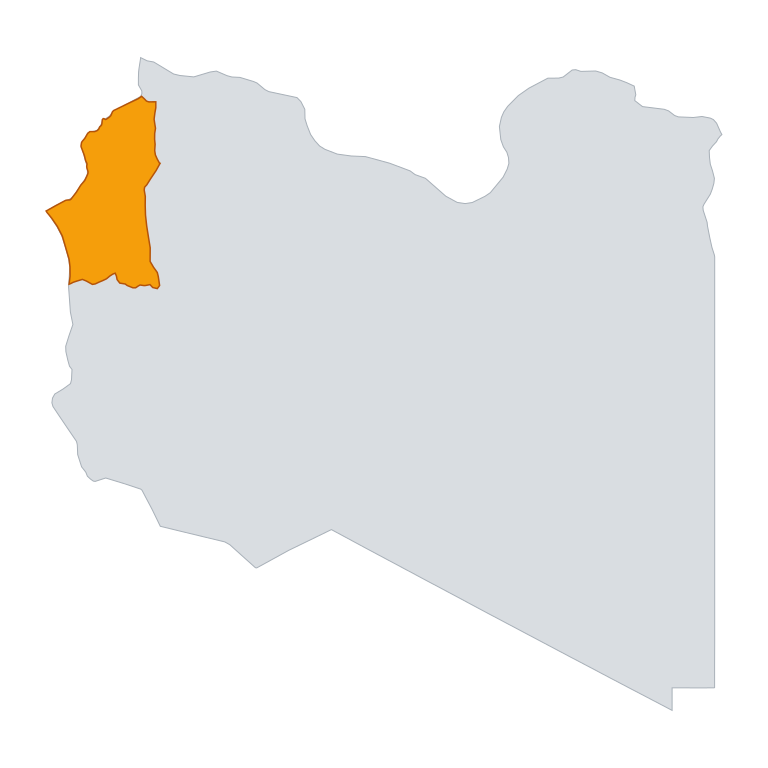 Libya, with Ghadamis highlighted
{"feature_id": "LBY-2882", "entity_name": "Ghadamis", "entity_type": "Municipality", "adm_level": 1, "iso_a3": "LBY", "parent_name": "Libya", "parent_adm1": "", "projection": "mercator", "projection_center": [10.859, 30.473], "detail": "fine", "context": "in_parent", "style": "filled", "palette": "amber", "viewbox_px": 768, "rotation_deg": 0, "n_neighbors": 0, "source": "natural_earth", "source_scale": "10m", "svg_char_len": 4577}
<svg xmlns="http://www.w3.org/2000/svg" viewBox="0 0 768 768"><path d="M56.0,205.4L61.1,202.8L68.3,199.9L72.0,197.6L73.6,195.8L79.0,188.1L81.8,183.9L85.7,178.1L87.4,174.0L87.4,170.2L86.8,165.7L83.8,154.8L81.4,144.2L83.3,140.1L84.8,138.1L88.2,133.1L89.5,132.1L96.7,130.6L99.6,127.2L101.8,123.1L102.4,120.9L105.6,118.6L109.3,116.3L111.7,113.3L119.3,108.6L126.2,104.4L134.3,99.9L140.6,96.5L141.9,93.5L141.8,90.9L138.4,84.9L138.4,77.9L138.6,72.0L139.0,68.5L140.5,58.9L140.6,57.6L147.1,60.8L153.7,62.0L173.6,74.0L179.9,75.5L193.8,76.9L210.2,72.0L216.4,71.1L227.1,75.7L231.9,77.0L239.9,77.4L253.5,81.5L257.0,83.0L264.9,89.6L268.8,91.6L297.0,97.6L300.9,101.6L304.8,109.3L305.0,118.8L307.1,125.6L310.6,134.5L314.9,140.8L319.6,146.0L324.9,149.3L337.3,154.1L351.3,156.0L365.4,156.6L389.6,163.2L410.1,170.9L415.1,174.6L425.4,178.3L445.8,196.2L457.2,202.4L465.2,203.6L472.3,202.5L485.0,196.3L490.3,192.7L503.1,177.2L507.2,169.1L508.9,163.4L508.5,157.6L506.9,152.3L503.4,146.8L500.8,139.6L499.4,126.5L501.4,117.4L503.8,111.9L507.7,106.3L518.3,95.6L529.0,88.1L547.8,78.2L558.7,78.1L563.2,77.0L572.2,70.0L575.8,69.7L580.9,71.4L595.7,71.0L602.2,72.9L610.0,77.3L619.8,80.0L626.8,82.7L634.2,86.1L635.8,94.8L635.0,97.3L634.8,100.6L642.5,106.6L664.3,109.3L668.6,110.9L674.6,115.5L678.4,116.9L693.3,117.5L702.0,116.5L710.3,118.1L713.4,119.6L716.6,123.2L720.4,131.8L721.9,134.6L720.3,136.0L717.9,139.0L716.5,141.7L712.5,146.0L709.2,150.6L709.5,157.4L710.3,164.2L712.5,170.9L714.4,178.4L713.9,183.2L712.2,189.2L710.3,194.2L703.9,204.4L702.9,206.8L703.2,210.3L707.1,222.3L707.5,226.1L709.8,237.8L711.9,247.3L714.3,254.8L714.7,256.8L714.7,267.8L714.7,278.7L714.7,289.6L714.7,300.5L714.7,311.3L714.7,322.1L714.7,332.9L714.7,343.7L714.7,354.5L714.7,365.2L714.7,376.0L714.7,386.7L714.7,397.3L714.7,408.0L714.7,418.6L714.7,429.2L714.7,439.8L714.7,450.4L714.7,461.0L714.7,471.5L714.7,482.0L714.7,492.5L714.7,503.0L714.7,513.5L714.7,523.9L714.7,534.4L714.7,544.8L714.7,555.2L714.7,565.5L714.7,575.9L714.7,586.2L714.7,596.6L714.7,619.4L714.7,642.2L714.6,664.9L714.6,687.5L714.4,687.7L714.2,687.8L703.6,687.9L693.1,687.9L682.6,687.8L672.1,687.8L672.1,693.5L672.1,699.2L672.1,704.8L672.1,710.4L651.7,699.7L631.2,689.0L610.8,678.3L590.4,667.5L570.0,656.8L549.6,646.0L529.2,635.2L508.8,624.4L488.4,613.6L468.0,602.7L447.6,591.8L427.1,580.9L406.7,570.0L386.3,559.1L365.9,548.2L345.5,537.2L331.4,529.6L316.2,537.0L304.3,542.8L288.6,550.4L270.6,560.3L256.7,567.9L256.1,567.8L255.4,567.7L241.0,554.8L229.8,544.7L224.8,541.9L203.6,536.8L182.5,531.7L160.3,526.3L156.3,518.0L151.8,508.8L145.7,497.3L142.0,490.2L140.7,489.1L123.7,483.5L105.7,478.0L95.2,481.4L93.3,481.1L90.4,479.0L87.4,476.2L85.8,472.2L81.6,466.8L77.7,454.6L77.3,444.8L76.5,441.4L67.1,427.6L58.6,415.0L53.0,406.6L51.9,402.8L52.5,398.1L54.8,394.0L63.1,389.0L70.5,383.6L71.5,379.8L72.0,369.5L69.5,366.2L67.8,360.1L65.9,351.7L65.7,346.3L69.0,335.7L72.9,324.5L70.4,312.1L68.6,287.1L69.8,267.3L68.8,260.1L68.2,257.1L65.6,247.7L62.5,238.0L61.1,234.6L57.1,226.8L50.5,217.0L47.1,211.1L51.8,207.9L56.0,205.4Z" fill="#d9dde1" stroke="#a8b0b8" stroke-width="1"/><path d="M105.6,119.5L106.4,119.2L107.9,118.1L109.4,117.1L110.8,115.7L112.5,111.7L113.7,110.5L126.8,104.1L138.0,98.8L141.0,96.8L141.5,96.3L141.8,96.5L144.3,98.8L146.5,101.1L148.9,101.9L155.8,101.8L155.8,107.8L154.9,112.9L154.1,119.2L154.9,124.6L155.5,128.3L154.7,133.3L154.6,139.3L155.1,144.3L154.7,150.6L155.4,155.0L157.2,159.0L159.4,163.0L160.1,163.3L156.0,170.7L150.3,179.2L146.8,184.8L144.6,187.2L144.2,190.0L145.3,196.4L145.2,205.1L145.5,215.1L146.7,226.0L148.5,237.4L150.2,247.8L150.1,261.4L153.5,267.2L157.3,272.5L158.3,276.6L159.6,285.4L159.6,285.5L158.8,286.6L157.3,288.6L152.7,287.5L150.0,284.6L145.6,285.5L144.1,285.6L140.1,285.0L138.4,285.9L135.6,287.8L132.9,287.8L127.2,285.5L125.2,284.0L119.8,283.1L117.1,279.6L116.4,276.0L115.2,273.2L112.8,274.1L109.7,276.1L108.9,276.8L106.5,278.8L102.7,280.6L98.9,282.2L95.3,283.9L92.4,284.4L86.3,281.0L82.4,279.4L80.4,280.0L76.5,281.2L73.2,282.3L70.9,283.5L69.1,284.2L70.1,276.1L70.0,266.9L69.1,259.4L65.7,247.7L62.3,236.0L57.3,226.4L51.8,218.3L49.6,215.6L47.1,212.6L46.1,211.0L56.0,205.5L65.5,200.4L66.8,200.1L69.9,199.9L71.0,199.2L76.3,192.3L80.8,185.1L84.7,180.6L87.3,175.1L88.0,173.1L88.0,171.5L86.9,168.0L86.7,166.2L87.0,164.3L86.9,163.4L85.6,160.6L84.3,155.3L81.1,146.8L81.0,145.9L81.5,142.7L82.1,141.5L84.8,138.4L87.7,133.3L89.9,131.6L94.7,131.6L97.0,130.7L97.7,130.1L98.4,129.5L98.9,128.8L99.6,127.0L101.4,125.3L101.9,123.7L102.3,119.7L103.2,118.6L104.1,118.7L104.8,119.2L105.6,119.5Z" fill="#f59e0b" stroke="#b45309" stroke-width="1.5"/></svg>